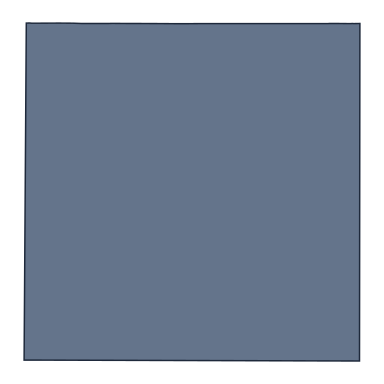 outline of Decatur, Kansas, United States of America
{"feature_id": "52423323B97064172346270", "entity_name": "Decatur", "entity_type": "district", "adm_level": 2, "iso_a3": "USA", "parent_name": "United States of America", "parent_adm1": "Kansas", "projection": "orthographic", "projection_center": [-100.471, 39.785], "detail": "fine", "context": "isolated", "style": "filled", "palette": "slate", "viewbox_px": 384, "rotation_deg": 0, "n_neighbors": 0, "source": "geoboundaries", "source_scale": "gbopen_adm2", "svg_char_len": 467}
<svg xmlns="http://www.w3.org/2000/svg" viewBox="0 0 384 384"><path d="M36.4,360.1L359.5,361.0L359.9,23.5L353.7,23.6L352.5,23.5L350.5,23.6L348.5,23.6L337.6,23.5L329.2,23.5L327.9,23.6L233.7,23.6L204.5,23.6L199.8,23.6L186.9,23.7L182.7,23.7L182.0,23.7L176.0,23.7L161.7,23.6L137.5,23.5L128.3,23.5L112.0,23.4L108.3,23.5L81.8,23.5L73.0,23.2L59.2,23.1L36.8,23.2L31.6,23.2L29.6,23.0L26.3,23.1L24.1,360.1L36.4,360.1Z" fill="#64748b" stroke="#1e293b" stroke-width="1.5"/></svg>